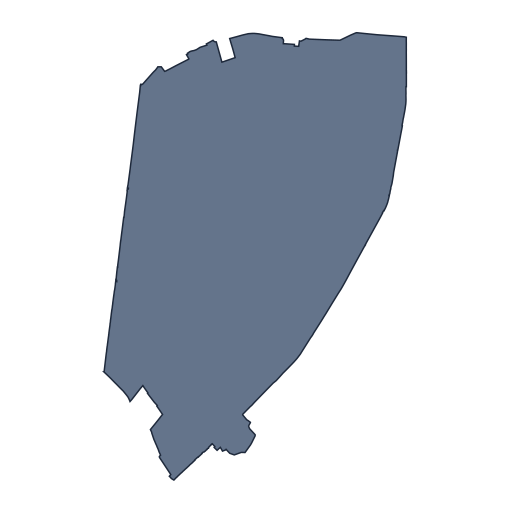 Voluntari, Bucharest, Romania, rotated 89°
{"feature_id": "2599482B78870557966424", "entity_name": "Voluntari", "entity_type": "district", "adm_level": 2, "iso_a3": "ROU", "parent_name": "Romania", "parent_adm1": "Bucharest", "projection": "robinson", "projection_center": [26.156, 44.509], "detail": "fine", "context": "isolated", "style": "filled", "palette": "slate", "viewbox_px": 512, "rotation_deg": 89, "n_neighbors": 0, "source": "geoboundaries", "source_scale": "gbopen_adm2", "svg_char_len": 5853}
<svg xmlns="http://www.w3.org/2000/svg" viewBox="0 0 512 512"><g transform="rotate(89 256 256)"><path d="M478.6,342.0L478.3,341.7L477.3,340.7L476.1,339.5L475.4,338.6L474.7,338.0L473.1,336.2L472.7,335.8L471.8,334.8L471.1,333.9L470.9,333.7L470.0,332.8L468.8,331.4L468.3,330.9L466.2,328.5L464.5,326.6L464.2,326.3L464.0,326.2L462.9,324.9L462.5,324.4L462.1,323.9L461.7,323.4L461.5,323.2L461.3,322.9L461.2,322.9L460.8,322.6L460.5,322.2L460.2,321.9L460.1,321.7L459.6,321.2L459.3,320.8L459.1,320.6L458.8,320.8L458.6,320.6L457.8,319.7L457.5,319.3L457.4,319.2L457.2,319.0L456.7,318.5L456.5,318.1L456.1,317.7L455.9,317.5L455.8,317.3L456.0,317.1L455.3,316.5L454.8,315.8L454.4,315.4L452.6,313.4L452.3,313.6L451.8,313.0L451.2,312.3L451.1,312.0L451.1,311.7L451.1,311.4L450.5,310.8L450.3,310.3L449.9,309.9L448.8,308.8L448.6,308.3L448.1,308.2L447.7,307.8L447.5,307.5L447.4,307.3L447.5,307.3L447.4,306.9L446.0,306.3L444.5,304.6L444.0,304.1L443.8,304.2L443.2,303.5L443.3,303.3L443.0,303.0L443.4,302.6L444.3,301.8L445.7,300.5L446.6,301.2L447.8,300.1L449.6,298.3L446.7,295.0L450.5,292.9L449.4,289.8L448.8,289.3L452.8,285.7L454.5,281.2L452.1,274.1L452.3,270.4L444.8,264.8L442.8,263.6L435.8,260.0L434.6,260.0L428.7,265.3L427.4,265.9L426.1,266.3L425.8,266.3L425.5,266.2L425.3,266.1L422.5,264.5L422.2,264.5L420.7,266.4L419.5,268.2L414.6,272.1L413.9,271.9L406.7,264.6L405.2,262.8L403.8,261.5L402.4,260.2L394.9,252.7L383.3,241.0L381.0,238.0L379.6,236.7L377.5,234.7L374.5,231.9L373.5,231.0L372.0,229.4L366.9,224.2L362.7,220.0L359.3,216.9L355.4,213.8L354.6,213.2L352.7,212.0L338.8,202.9L337.0,201.5L335.3,200.4L334.0,199.7L332.5,198.7L322.2,191.9L317.5,188.9L315.1,187.3L304.3,180.5L297.0,175.8L295.1,174.6L290.6,171.6L288.3,170.2L284.9,168.2L281.6,166.3L276.2,163.3L272.8,161.4L261.5,155.0L256.1,151.9L249.1,147.9L247.0,146.5L246.9,146.7L219.5,131.0L219.3,130.9L215.1,128.6L214.9,128.8L212.8,127.5L213.0,127.2L211.7,126.5L210.2,125.7L208.4,124.9L206.5,124.1L204.9,123.5L203.9,123.2L202.7,122.9L201.5,122.5L200.2,122.2L198.1,121.7L197.6,121.6L197.6,121.9L196.6,121.6L196.2,121.2L195.9,121.1L194.0,120.8L193.0,120.6L191.3,120.1L189.9,120.0L189.0,119.8L188.0,119.4L185.9,118.8L177.9,117.3L174.7,116.9L154.1,112.7L152.9,112.7L152.7,112.7L152.7,112.4L146.0,111.0L140.6,109.9L139.2,109.6L137.6,109.3L131.5,108.0L128.4,107.4L128.3,107.7L126.8,107.5L125.3,107.1L122.3,106.6L120.9,106.3L119.8,106.0L118.2,105.7L115.4,105.1L112.4,104.5L109.2,104.0L106.7,103.6L104.4,103.4L102.3,103.3L99.4,103.3L97.8,103.3L96.4,103.2L94.9,103.2L93.4,103.2L91.8,103.2L89.3,103.1L89.3,102.7L78.1,102.5L75.6,102.5L75.6,102.4L73.4,102.4L73.4,102.5L70.6,102.4L64.2,102.3L56.8,102.2L55.2,102.2L52.2,102.1L50.7,102.1L46.2,102.0L44.6,102.0L43.5,102.0L39.9,101.9L39.4,104.0L38.6,112.2L36.9,131.0L35.4,143.9L34.5,151.4L34.7,152.4L36.6,157.1L41.7,168.2L41.7,168.9L41.1,181.2L40.1,198.8L39.3,201.9L39.3,202.3L39.8,202.8L40.1,203.4L40.9,205.0L42.0,207.3L41.7,208.8L47.1,209.7L46.8,214.0L45.1,213.9L44.4,222.1L44.2,225.0L42.0,224.8L40.7,224.7L39.6,225.1L39.1,225.9L38.2,225.9L36.9,234.6L36.7,235.9L36.0,239.1L34.8,245.1L34.0,248.9L33.7,251.2L33.4,254.0L33.4,256.1L33.6,259.8L34.8,265.4L36.3,271.2L37.8,277.2L38.1,278.5L42.6,277.3L47.1,276.0L51.3,274.9L57.3,273.4L59.1,278.9L61.6,286.7L41.2,292.0L41.2,292.8L41.0,293.5L40.7,294.1L40.2,294.7L39.9,295.0L39.6,295.2L40.9,297.7L43.1,301.9L43.3,301.8L44.3,301.4L44.5,302.0L46.2,307.7L46.3,308.0L46.5,308.4L46.5,308.5L48.1,311.0L48.3,311.4L48.5,311.7L48.7,312.1L48.8,312.5L49.0,312.8L49.1,313.2L49.2,313.6L49.3,313.9L49.4,314.0L49.6,315.1L49.9,316.7L50.0,316.9L50.0,317.3L50.2,317.6L50.3,318.0L50.4,318.3L50.6,318.7L50.8,319.0L51.0,319.3L51.2,319.6L51.4,319.9L51.6,320.2L52.1,321.0L52.8,320.7L53.1,321.2L53.5,322.0L57.6,319.7L58.0,319.8L64.2,332.5L67.6,339.2L68.2,340.5L69.4,342.9L69.7,343.7L69.8,344.1L65.2,347.4L65.1,350.8L66.4,351.7L68.3,353.2L69.7,354.7L71.0,356.0L78.5,362.9L81.9,366.0L82.4,366.7L82.4,367.0L82.3,367.9L82.6,367.9L82.5,368.3L83.8,368.5L83.7,368.7L90.0,369.4L109.8,372.3L121.9,374.0L132.0,375.4L141.8,376.7L151.5,378.1L162.9,379.8L166.7,380.3L173.9,381.4L182.5,382.7L185.6,383.4L185.9,382.4L186.8,382.5L186.7,383.5L188.6,383.8L188.7,383.6L189.4,383.6L189.8,383.7L192.6,384.1L195.4,384.5L200.6,385.3L209.4,386.7L211.6,386.9L215.0,387.3L215.0,387.6L226.9,389.3L231.5,390.0L238.0,390.9L238.6,391.1L239.0,391.1L239.5,391.2L241.8,391.5L242.9,391.6L245.1,391.9L255.3,393.3L262.8,394.4L264.8,394.5L264.7,394.8L267.1,395.1L269.1,395.4L274.3,396.0L275.4,396.1L276.6,396.2L276.5,396.4L277.3,396.6L277.8,396.0L277.9,395.7L279.1,395.7L278.7,396.7L281.5,397.1L282.1,397.1L286.7,397.8L289.0,398.3L290.6,398.5L293.6,399.0L300.3,400.0L302.1,400.2L303.1,400.4L305.5,400.7L308.5,401.3L308.9,401.3L310.1,401.5L310.7,401.6L313.0,401.9L314.4,402.1L315.3,402.2L317.7,402.6L318.9,402.7L320.3,402.9L320.7,403.0L321.2,403.1L322.5,403.2L323.1,403.3L323.8,403.4L325.0,403.6L330.3,404.4L330.8,404.4L332.3,404.7L332.9,404.7L334.6,405.0L338.0,405.5L340.1,405.8L341.2,406.0L342.0,406.1L343.0,406.2L343.8,406.4L348.0,407.0L348.5,407.0L350.2,407.3L352.2,407.6L369.2,409.9L369.2,410.1L373.5,405.7L375.1,404.1L376.9,402.4L380.3,399.2L381.6,397.9L383.4,396.2L384.7,395.0L387.1,392.7L388.6,391.2L390.5,389.7L392.4,388.2L393.6,387.3L394.9,386.4L395.9,385.9L397.7,385.1L399.3,384.5L397.0,382.4L393.4,379.5L386.8,374.2L383.6,371.4L384.4,370.9L386.4,369.6L387.0,369.2L390.9,366.5L391.4,366.9L394.3,364.8L400.5,360.2L403.7,357.3L404.3,357.8L412.8,352.2L414.2,353.4L417.8,356.3L421.9,359.7L427.7,364.6L429.0,364.0L430.3,363.4L431.2,363.3L436.6,361.6L437.8,361.2L439.9,360.3L442.0,359.5L443.0,359.0L444.3,358.5L445.4,358.1L447.2,357.3L450.2,356.3L451.4,355.8L451.8,355.6L452.3,355.4L453.5,354.9L454.1,355.6L454.7,356.0L455.1,356.2L455.9,355.9L457.8,354.7L460.1,353.2L472.9,345.1L473.1,345.0L474.7,346.5L475.2,346.0L477.1,344.4L478.6,342.0Z" fill="#64748b" stroke="#1e293b" stroke-width="1.5"/></g></svg>